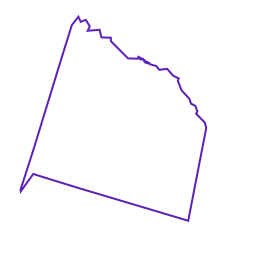 outline of Wood, Texas, United States of America, rotated 197°
{"feature_id": "52423323B61780035147901", "entity_name": "Wood", "entity_type": "district", "adm_level": 2, "iso_a3": "USA", "parent_name": "United States of America", "parent_adm1": "Texas", "projection": "robinson", "projection_center": [-95.391, 32.779], "detail": "fine", "context": "isolated", "style": "outline", "palette": "violet", "viewbox_px": 256, "rotation_deg": 197, "n_neighbors": 0, "source": "geoboundaries", "source_scale": "gbopen_adm2", "svg_char_len": 1622}
<svg xmlns="http://www.w3.org/2000/svg" viewBox="0 0 256 256"><g transform="rotate(197 128 128)"><path d="M43.3,56.9L53.2,151.0L56.1,155.6L67.0,161.6L66.5,164.1L70.1,168.9L74.9,169.7L77.7,173.8L87.7,179.6L94.1,187.6L94.0,190.2L100.3,191.3L107.8,196.0L115.2,192.8L118.9,195.5L126.3,195.4L126.4,195.5L126.5,195.8L126.8,196.1L127.0,196.1L127.0,196.4L127.7,196.4L127.8,196.3L127.9,196.2L128.0,196.0L128.3,195.8L128.5,195.7L128.8,195.7L129.0,195.5L129.3,195.6L129.3,195.8L129.2,196.0L128.9,196.1L128.7,196.4L128.7,196.5L128.8,196.7L129.2,196.5L129.3,196.5L129.6,196.6L129.8,196.8L130.0,196.8L130.1,196.7L129.9,196.2L129.8,195.7L130.0,195.7L130.1,195.9L130.2,196.1L130.2,196.3L130.4,196.4L130.5,196.4L130.5,196.1L130.4,195.8L130.6,195.8L130.7,195.7L130.8,195.7L130.9,195.8L131.0,196.1L131.5,196.2L131.9,196.3L132.0,196.5L131.9,196.8L131.8,197.1L131.6,197.3L131.9,197.6L132.0,197.6L132.3,197.7L132.5,197.5L133.0,197.6L133.4,197.7L133.6,197.8L133.9,198.1L133.9,198.3L133.9,198.5L134.0,198.6L134.3,198.6L134.6,198.4L134.6,198.2L134.8,197.9L135.0,198.0L135.3,198.0L135.5,198.0L135.6,197.9L135.6,197.7L135.6,197.4L135.8,197.3L136.2,197.4L136.4,197.4L136.5,197.4L136.6,197.5L136.4,197.8L136.4,198.2L136.4,198.5L136.5,198.7L136.5,198.8L136.9,198.8L137.0,198.7L137.3,198.4L137.5,198.4L137.9,198.6L138.0,198.6L138.4,199.1L138.6,199.2L138.8,199.2L138.9,197.1L148.4,194.6L169.7,206.0L170.8,209.3L179.9,206.9L183.9,213.6L195.0,209.2L194.2,213.9L200.0,219.1L204.3,215.7L208.0,219.9L211.8,209.9L212.0,174.3L212.1,79.5L212.7,37.7L212.0,36.1L205.2,56.3L186.1,56.2L160.5,56.1L43.3,56.9Z" fill="none" stroke="#5b21b6" stroke-width="2"/></g></svg>